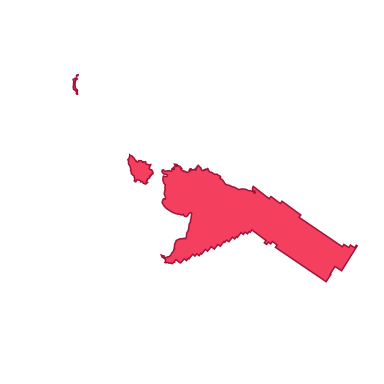 Bethel, Alaska, United States of America (Albers equal-area conic projection), rotated 42°
{"feature_id": "52423323B92128631774297", "entity_name": "Bethel", "entity_type": "district", "adm_level": 2, "iso_a3": "USA", "parent_name": "United States of America", "parent_adm1": "Alaska", "projection": "albers", "projection_center": [-164.344, 60.422], "detail": "fine", "context": "isolated", "style": "filled", "palette": "rose", "viewbox_px": 384, "rotation_deg": 42, "n_neighbors": 0, "source": "geoboundaries", "source_scale": "gbopen_adm2", "svg_char_len": 6116}
<svg xmlns="http://www.w3.org/2000/svg" viewBox="0 0 384 384"><g transform="rotate(42 192 192)"><path d="M351.7,168.9L350.3,160.2L349.6,160.4L348.1,151.7L355.9,150.4L350.8,121.5L349.7,121.7L350.2,124.6L345.2,125.4L345.7,128.3L339.9,129.3L340.4,132.1L288.5,139.2L288.2,136.3L265.0,138.6L265.3,141.5L253.7,142.5L253.9,145.4L233.8,146.8L233.9,147.4L234.4,148.6L234.9,149.3L235.5,149.7L236.1,149.9L237.3,149.9L237.9,149.8L238.4,149.5L238.5,150.0L239.5,150.2L239.5,150.4L239.3,151.1L238.3,150.9L236.9,150.9L236.1,151.2L235.2,151.6L233.1,153.1L230.3,154.0L228.9,154.9L227.5,155.9L226.4,157.1L225.6,158.4L224.9,159.0L222.5,159.5L219.8,160.3L218.4,161.2L217.4,161.6L216.4,161.6L215.8,161.8L212.6,163.6L210.8,163.7L210.1,163.6L209.0,163.1L207.4,162.7L206.7,162.8L205.7,162.5L205.0,163.0L204.6,163.2L203.3,163.1L203.4,161.7L202.8,161.3L199.4,162.1L198.8,161.9L197.1,163.6L196.2,163.9L193.9,164.1L193.2,164.3L192.7,164.9L192.1,165.2L190.1,165.0L189.1,164.4L188.5,164.8L188.3,164.1L187.9,164.1L187.9,164.8L187.6,165.3L187.0,165.8L187.4,166.2L187.3,166.6L186.3,166.9L186.1,167.6L186.5,168.1L186.4,168.5L185.1,169.1L184.3,169.1L183.8,168.7L183.5,168.7L182.2,168.1L181.6,168.5L180.7,168.0L179.8,168.2L178.8,168.0L178.8,168.7L178.6,169.6L179.1,170.3L178.9,170.9L179.1,171.7L179.0,172.3L179.6,171.9L180.0,172.1L180.2,173.0L180.0,173.4L178.8,174.0L178.5,174.0L177.5,175.1L177.5,175.7L176.8,176.3L176.6,175.8L176.2,175.4L175.5,175.4L175.0,176.5L175.5,176.8L175.3,177.8L175.7,178.1L176.4,178.0L176.2,179.8L175.2,180.3L174.9,181.0L174.1,181.0L173.8,181.4L173.2,181.3L172.4,181.5L171.9,182.3L171.4,182.0L170.1,182.6L169.3,182.4L168.9,182.5L168.7,182.2L168.7,181.3L167.7,181.3L167.7,181.6L167.3,181.1L166.9,181.1L166.8,181.5L166.4,181.3L166.2,181.4L165.7,181.1L164.8,181.5L164.2,181.6L163.4,182.1L162.5,182.3L162.4,181.7L160.3,183.1L161.8,183.7L162.2,183.1L162.8,182.8L162.9,182.4L163.7,182.3L163.9,182.5L163.7,182.9L163.2,183.2L162.3,184.7L161.8,186.0L161.8,186.4L162.0,186.8L163.3,186.5L163.6,187.0L162.7,187.6L162.0,187.8L161.7,187.6L161.6,187.8L161.6,188.2L161.9,188.9L162.9,189.8L162.8,190.3L162.4,190.7L161.8,191.1L161.2,191.0L159.8,192.3L159.3,193.2L157.8,194.7L157.4,194.8L156.1,194.6L155.9,194.7L155.3,195.4L155.2,195.6L155.9,196.9L156.2,197.1L158.1,197.5L159.0,197.5L161.3,195.9L162.4,196.0L162.8,196.2L162.9,196.5L162.9,197.2L162.2,198.1L162.0,198.4L161.4,198.7L160.2,199.1L160.0,199.5L161.2,201.3L162.8,202.9L164.7,204.1L165.9,204.4L166.7,204.5L167.2,204.4L168.0,205.3L168.1,205.8L168.5,206.4L169.5,207.4L170.4,207.8L170.6,208.1L170.6,208.4L170.5,208.6L172.4,211.8L173.3,212.5L173.8,212.6L175.7,213.6L176.7,214.7L177.0,215.3L176.8,215.6L175.9,215.7L175.6,215.9L175.4,216.1L175.4,216.3L175.6,217.2L176.3,219.0L176.7,219.6L177.0,219.9L177.6,220.2L180.2,221.0L182.9,221.3L184.7,221.3L190.1,220.4L194.5,218.9L196.0,218.0L197.6,216.9L199.2,216.3L199.7,216.0L200.2,215.4L200.3,215.0L200.2,214.6L200.8,214.4L201.9,215.0L202.3,215.0L203.6,214.6L204.3,214.0L204.7,212.3L204.3,211.3L204.3,210.1L204.4,209.1L205.0,208.0L206.3,208.3L207.0,209.5L208.1,210.9L208.2,211.5L208.9,211.9L209.3,213.1L209.9,214.3L210.4,214.9L210.8,215.0L211.0,215.3L211.2,215.6L211.0,216.5L211.4,217.8L212.7,219.5L214.6,222.4L215.1,223.8L215.4,225.5L216.4,227.3L217.5,228.5L218.5,230.7L217.9,231.6L217.0,231.6L216.7,232.6L216.1,232.8L215.6,233.9L214.4,234.6L214.3,235.6L213.7,236.1L213.1,237.8L212.7,238.4L214.1,242.4L216.0,245.2L217.0,245.7L216.7,246.3L217.8,248.4L217.8,250.8L218.5,253.2L218.3,255.0L216.8,257.3L216.6,258.7L215.5,259.1L214.5,258.1L211.4,259.5L213.3,260.4L216.7,259.7L218.6,260.9L218.9,262.5L220.1,262.0L221.1,260.7L222.4,260.4L222.9,259.6L225.4,258.4L225.4,257.0L225.9,255.9L225.5,255.9L225.3,253.0L230.4,252.7L231.1,252.2L230.9,246.8L233.8,246.7L233.6,243.7L234.5,243.7L234.2,237.8L237.1,237.7L237.0,234.8L239.9,234.6L239.7,231.7L240.7,231.6L240.3,225.7L243.2,225.6L242.9,219.7L246.8,219.5L246.4,213.6L249.3,213.4L248.9,207.6L250.0,207.5L249.8,204.6L252.7,204.3L252.3,198.5L255.2,198.3L254.9,195.4L256.1,195.3L255.6,189.4L258.5,189.2L258.3,186.3L261.2,186.0L261.0,183.1L262.2,183.0L261.9,180.1L279.4,178.5L279.7,181.4L282.6,181.1L282.3,178.2L285.2,177.9L284.9,175.0L290.7,174.4L291.0,177.3L351.7,168.9ZM121.8,206.1L120.9,206.1L121.3,206.5L121.7,207.2L122.6,209.0L122.7,209.8L122.7,211.0L123.2,211.2L124.2,211.4L124.5,212.0L125.4,213.0L126.5,213.8L127.8,214.0L128.4,214.2L130.5,215.5L132.0,216.9L132.1,217.3L133.7,217.8L134.1,218.4L134.6,218.9L135.9,218.9L136.7,219.1L137.5,218.8L138.1,218.9L138.8,219.3L139.2,219.8L139.6,219.8L140.3,220.3L141.4,221.6L141.4,222.1L141.7,222.4L142.3,222.5L143.3,222.2L143.5,221.6L143.3,221.3L142.8,220.4L143.1,219.8L144.6,218.7L145.3,218.4L146.2,218.2L147.4,218.8L147.8,217.8L149.0,217.5L149.7,217.6L150.0,218.1L150.5,217.6L151.4,217.5L152.1,217.3L152.4,216.7L152.2,216.4L152.0,215.9L152.4,215.7L152.7,214.9L151.4,215.2L151.0,214.6L151.3,213.5L150.7,213.2L150.6,212.4L150.1,211.9L150.3,211.6L150.9,210.9L150.9,210.0L150.7,208.9L150.2,209.0L149.9,208.6L150.1,208.0L150.6,207.5L150.4,206.5L150.0,206.2L150.1,205.7L150.5,205.6L150.8,205.0L150.7,204.3L150.1,203.7L149.3,203.6L149.1,203.1L148.3,202.9L147.4,202.5L146.8,202.7L146.2,203.2L145.7,203.4L144.1,203.1L144.3,202.5L143.8,202.1L143.7,201.6L143.5,200.9L143.4,199.9L143.0,199.2L142.7,199.6L142.1,200.8L140.7,201.0L139.2,201.9L137.3,200.6L136.8,201.2L135.7,201.9L135.8,202.7L135.6,203.0L134.3,202.7L133.5,202.6L133.0,203.1L131.7,204.0L131.3,204.5L131.7,205.2L131.8,205.6L131.2,206.5L130.7,206.4L129.9,206.7L129.3,206.0L127.9,206.3L126.6,205.6L125.8,205.6L125.1,205.5L124.5,205.6L123.2,205.4L121.8,206.1ZM28.3,187.8L28.4,188.0L30.3,189.0L30.7,189.8L32.8,192.4L33.3,193.4L34.7,194.4L35.1,194.9L35.6,195.0L36.7,194.6L38.8,194.9L39.8,195.2L40.2,196.4L40.8,196.4L41.5,196.0L39.7,194.2L39.1,193.6L39.1,193.3L38.4,192.8L38.0,193.1L36.9,193.0L35.6,192.5L33.0,190.3L32.3,189.2L31.9,188.9L31.3,188.0L30.8,186.4L30.8,185.9L31.1,185.4L31.2,184.7L30.6,184.6L29.8,185.4L28.9,185.9L28.7,186.5L28.6,187.1L28.7,187.5L28.3,187.8ZM28.7,181.1L28.1,182.4L29.1,183.8L29.2,183.6L29.0,182.7L29.2,181.3L29.0,181.0L28.7,181.1Z" fill="#f43f5e" stroke="#9f1239" stroke-width="1.5"/></g></svg>